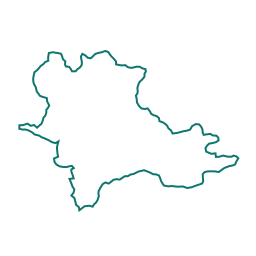 outline of Rio Pomba, Minas Gerais, Brazil, rotated 87°
{"feature_id": "56859067B26609044330298", "entity_name": "Rio Pomba", "entity_type": "district", "adm_level": 2, "iso_a3": "BRA", "parent_name": "Brazil", "parent_adm1": "Minas Gerais", "projection": "robinson", "projection_center": [-43.171, -21.234], "detail": "fine", "context": "isolated", "style": "outline", "palette": "teal", "viewbox_px": 256, "rotation_deg": 87, "n_neighbors": 0, "source": "geoboundaries", "source_scale": "gbopen_adm2", "svg_char_len": 2933}
<svg xmlns="http://www.w3.org/2000/svg" viewBox="0 0 256 256"><g transform="rotate(87 128 128)"><path d="M161.1,24.0L162.1,26.3L161.8,30.2L160.5,34.5L161.5,38.4L161.5,41.7L157.9,42.0L158.1,46.3L155.7,51.1L152.2,51.7L149.6,49.8L147.9,47.9L147.4,44.0L146.7,40.7L145.1,38.2L142.3,38.4L140.4,40.0L139.8,43.9L138.2,46.0L138.4,49.0L138.8,52.8L136.2,53.7L133.4,53.7L130.5,54.9L128.2,56.7L127.6,60.1L129.5,63.9L132.9,66.1L133.8,69.7L134.2,73.3L134.9,76.1L135.6,80.2L135.8,83.8L132.6,85.2L130.5,87.6L127.8,88.8L126.0,90.4L124.2,92.9L122.9,96.2L119.7,96.6L117.6,98.8L116.6,101.7L115.1,104.1L112.8,105.1L109.5,107.3L109.9,110.6L109.1,113.7L106.6,115.8L103.0,117.7L99.4,117.8L96.0,118.4L94.0,116.8L91.8,116.4L88.4,116.5L85.4,115.5L82.7,114.1L80.2,111.2L77.7,108.9L74.4,108.6L72.6,107.2L70.1,107.5L69.2,110.6L67.5,112.9L67.2,116.1L67.8,119.1L68.1,122.0L67.2,125.1L65.1,127.4L65.2,130.6L64.7,133.5L63.8,136.6L61.2,136.4L58.4,138.3L56.1,140.4L53.9,142.1L51.1,143.7L49.9,146.7L51.0,150.3L51.4,153.2L52.2,156.6L54.5,159.2L56.4,161.5L55.8,164.5L53.1,167.0L51.6,169.7L54.2,171.3L57.5,170.9L60.0,170.6L62.6,170.9L65.2,173.0L66.6,175.4L68.6,177.3L68.5,180.9L65.9,182.2L63.8,183.6L63.3,186.8L61.1,187.6L58.2,187.1L55.8,189.4L52.8,190.1L50.4,191.0L49.6,193.6L49.0,196.5L48.4,199.1L49.0,203.1L53.5,204.1L56.7,204.1L57.8,207.3L59.9,209.3L61.5,212.0L63.6,213.8L65.6,215.8L67.4,218.5L70.2,219.3L73.5,220.1L77.0,220.1L79.5,219.5L82.3,218.0L86.8,217.2L89.3,215.5L91.3,214.2L92.4,211.8L93.9,207.5L97.1,207.4L99.3,206.4L101.4,205.5L103.7,206.9L105.6,208.6L108.5,208.8L111.1,209.8L113.2,211.8L116.0,212.7L119.1,214.1L121.1,216.6L122.9,218.8L120.1,221.6L120.7,225.1L118.4,228.1L119.6,232.6L119.6,236.3L123.1,236.6L124.0,233.5L124.1,230.8L125.0,227.9L127.2,224.1L129.6,221.5L130.8,217.4L132.7,214.7L134.1,211.6L135.9,208.1L138.1,204.8L139.3,201.2L137.8,198.2L140.8,199.2L143.8,200.0L147.3,199.9L150.5,199.7L153.0,199.3L154.6,203.5L158.2,203.1L160.7,201.4L162.6,198.6L163.5,194.9L163.8,191.5L163.2,189.0L162.9,186.1L165.2,184.2L166.5,186.8L168.9,186.8L172.2,185.7L175.5,184.9L175.8,189.1L179.6,187.7L183.6,186.5L186.5,184.8L189.7,185.7L192.5,188.1L195.1,185.2L198.4,184.5L202.0,183.9L204.5,181.2L207.6,180.9L205.6,178.0L203.9,175.5L203.6,170.6L204.7,167.4L202.4,165.9L200.8,163.8L198.0,162.0L194.6,160.7L191.8,161.0L189.4,160.6L186.1,158.6L182.7,156.2L181.2,153.4L182.5,150.2L180.6,147.4L179.0,145.3L178.5,142.3L179.1,139.0L177.5,136.3L176.0,133.8L176.1,130.6L174.7,128.2L174.1,124.6L172.1,120.1L171.6,117.3L171.0,114.2L172.4,111.0L174.0,107.7L175.5,105.3L175.8,102.3L177.1,99.5L179.9,98.5L183.3,97.5L187.3,95.2L188.4,90.7L188.2,87.4L188.7,84.8L189.2,81.7L189.3,76.1L191.0,72.1L190.5,67.5L189.3,63.9L188.2,59.9L187.3,56.9L185.1,55.7L181.8,55.8L178.1,55.8L176.0,53.8L175.5,50.7L175.6,47.5L175.9,43.3L176.7,39.6L174.8,36.8L172.9,33.7L171.4,29.0L170.9,25.4L169.9,22.9L167.0,21.5L164.0,19.4L162.1,21.1L161.1,24.0Z" fill="none" stroke="#0f766e" stroke-width="2"/></g></svg>